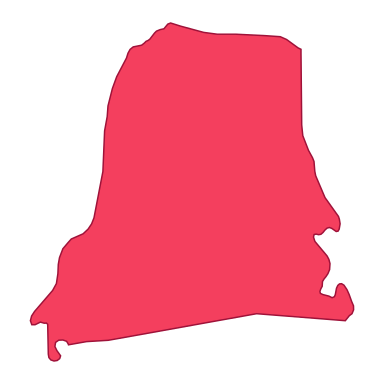 the border of Nickerie
{"feature_id": "SUR-37", "entity_name": "Nickerie", "entity_type": "District", "adm_level": 1, "iso_a3": "SUR", "parent_name": "Suriname", "parent_adm1": "", "projection": "natural_earth1", "projection_center": [-56.858, 5.617], "detail": "fine", "context": "isolated", "style": "filled", "palette": "rose", "viewbox_px": 384, "rotation_deg": 0, "n_neighbors": 0, "source": "natural_earth", "source_scale": "10m", "svg_char_len": 1579}
<svg xmlns="http://www.w3.org/2000/svg" viewBox="0 0 384 384"><path d="M31.8,324.7L30.4,320.7L31.6,316.0L34.6,311.4L52.6,290.5L56.4,283.6L57.9,273.6L58.3,264.4L59.5,257.6L62.9,248.7L68.0,242.7L71.3,239.0L83.1,233.8L88.1,229.1L91.6,223.9L94.0,217.8L102.9,171.5L104.6,130.9L107.2,116.6L108.0,105.9L112.4,88.5L116.7,76.7L126.5,58.0L128.0,53.2L130.1,49.4L133.2,46.9L141.6,45.2L144.2,43.2L146.1,41.3L148.0,40.5L149.8,39.2L154.5,33.1L156.5,31.1L160.2,29.6L163.9,28.8L167.8,24.1L170.6,23.0L180.8,26.2L203.7,32.4L217.2,34.2L235.5,34.2L264.4,35.6L280.3,36.7L286.6,39.5L298.1,47.9L301.0,49.3L301.0,53.4L301.7,124.9L302.8,135.7L308.5,150.4L312.5,157.7L314.0,161.5L314.8,171.3L315.7,175.8L325.0,197.6L338.5,216.5L339.4,219.4L340.1,223.8L339.2,229.1L338.1,231.1L336.2,231.5L331.8,228.4L329.4,227.5L327.1,228.1L324.9,230.1L323.0,232.5L320.9,234.3L318.6,234.7L316.1,234.1L314.1,234.5L313.5,237.1L314.9,241.4L327.1,256.0L328.9,259.4L330.0,263.6L329.6,269.6L327.9,273.7L325.9,276.7L324.1,278.9L322.5,281.5L322.2,286.3L320.8,288.9L319.9,291.5L320.4,293.4L323.0,294.6L328.9,296.1L332.1,297.7L334.4,296.7L335.3,294.6L336.5,288.2L337.8,285.4L339.5,283.9L341.6,283.7L344.0,285.2L347.0,289.7L349.1,294.4L351.7,301.6L353.5,305.8L353.6,309.8L352.0,313.7L349.3,315.7L345.3,320.7L256.6,313.7L108.2,340.3L86.6,341.6L68.5,344.8L68.2,343.9L66.6,341.3L62.9,340.0L58.7,340.2L55.6,342.4L54.9,346.5L56.9,350.6L60.6,355.8L59.7,358.6L57.2,360.5L54.0,361.0L50.8,359.9L48.9,357.6L48.3,354.2L47.7,324.3L46.5,323.1L44.2,323.2L40.4,322.1L35.1,324.7L31.8,324.7Z" fill="#f43f5e" stroke="#9f1239" stroke-width="1.5"/></svg>